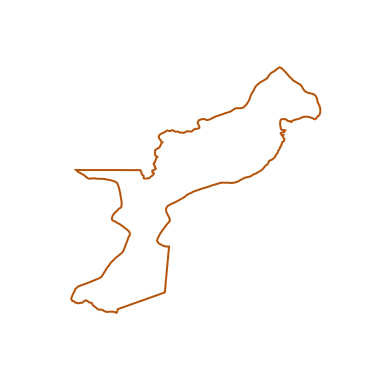 São Sebastião da Boa Vista, Pará, Brazil (Equal Earth projection), rotated 252°
{"feature_id": "56859067B42238092487296", "entity_name": "São Sebastião da Boa Vista", "entity_type": "district", "adm_level": 2, "iso_a3": "BRA", "parent_name": "Brazil", "parent_adm1": "Pará", "projection": "equal_earth", "projection_center": [-49.65, -1.432], "detail": "fine", "context": "isolated", "style": "outline", "palette": "amber", "viewbox_px": 384, "rotation_deg": 252, "n_neighbors": 0, "source": "geoboundaries", "source_scale": "gbopen_adm2", "svg_char_len": 5467}
<svg xmlns="http://www.w3.org/2000/svg" viewBox="0 0 384 384"><g transform="rotate(252 192 192)"><path d="M121.2,49.4L121.3,50.6L121.0,51.9L120.6,53.3L121.2,54.9L121.7,56.1L121.8,57.7L120.6,58.9L119.0,59.9L118.3,60.9L117.7,62.1L116.8,62.6L115.6,62.6L113.9,63.3L112.0,64.8L111.0,65.4L109.3,66.4L108.5,67.9L108.3,69.3L107.4,70.5L106.0,71.6L104.8,73.0L104.1,74.4L103.8,75.9L103.4,77.3L102.6,80.0L101.6,81.5L100.4,83.0L101.8,84.1L102.6,84.7L103.5,85.1L104.9,135.1L107.6,136.3L147.2,153.3L148.2,150.3L149.9,147.9L153.0,144.8L154.2,144.2L155.1,143.8L156.4,143.7L158.4,144.9L159.2,145.8L160.2,146.7L161.1,147.7L162.1,148.7L163.0,149.7L163.7,150.9L164.7,151.9L165.6,153.3L166.4,154.5L168.8,157.8L169.6,159.2L170.2,160.1L170.8,161.2L171.5,162.1L172.9,162.5L175.3,162.3L178.2,161.8L181.0,161.5L182.0,161.5L183.8,162.0L185.8,163.8L186.6,166.0L187.0,168.4L187.3,171.6L187.8,174.8L188.2,176.7L188.7,179.2L188.9,180.6L189.7,183.7L190.2,184.8L190.9,186.9L191.3,189.5L191.4,191.0L191.7,192.3L191.9,194.1L192.0,195.9L192.0,199.0L192.1,200.4L192.1,203.7L192.0,206.0L192.0,210.9L192.1,212.6L192.0,214.6L192.0,216.6L191.9,219.0L191.9,222.4L191.4,223.9L190.9,225.6L190.4,226.8L190.1,228.1L189.5,229.6L188.6,231.8L188.1,233.5L187.7,236.3L187.7,237.8L188.1,240.5L188.4,241.7L189.1,245.4L189.2,247.0L189.0,249.7L188.8,251.4L189.0,253.5L189.6,255.1L189.8,257.3L189.8,258.6L190.4,260.4L190.9,263.9L191.7,265.6L192.1,266.8L193.7,269.0L194.3,270.1L194.9,272.0L195.6,272.9L196.4,274.0L197.4,274.5L198.0,276.1L198.0,277.9L198.9,280.4L199.6,281.6L201.6,283.6L202.5,285.1L203.2,286.0L204.4,286.6L205.2,287.5L206.0,288.7L207.6,289.7L208.1,291.0L209.3,291.5L210.3,292.5L211.4,293.0L212.0,295.2L213.9,296.4L215.3,295.7L216.9,295.6L217.9,296.5L218.3,294.9L219.5,294.7L220.6,294.6L220.8,295.9L220.5,297.4L220.9,298.7L221.8,299.7L222.8,297.6L224.0,296.1L225.2,296.1L226.1,296.3L227.5,296.4L230.5,297.1L232.7,298.2L233.5,299.2L233.4,300.4L233.0,301.7L232.3,303.5L231.1,304.5L230.2,304.9L229.4,305.9L229.1,307.3L227.9,308.0L228.8,310.2L228.9,311.7L228.6,316.5L229.0,320.9L228.9,322.1L227.9,325.1L226.5,327.5L225.5,328.6L224.8,329.7L223.9,330.4L223.2,331.2L223.5,332.7L224.4,333.7L225.9,336.9L227.2,338.0L228.2,338.6L230.0,339.3L231.0,339.6L233.1,339.8L234.1,339.9L236.6,339.6L237.6,339.3L239.5,339.4L241.2,339.6L243.2,339.6L244.6,339.5L246.0,338.9L247.0,338.2L247.8,337.4L250.2,333.5L251.2,332.1L252.8,330.7L254.0,330.1L255.6,329.6L256.9,329.3L258.3,329.2L259.3,328.8L261.1,328.0L261.8,327.0L263.8,325.4L265.5,323.9L266.3,323.0L267.4,322.5L268.4,322.1L269.3,321.6L271.4,320.3L273.7,319.5L274.7,318.9L275.6,318.6L277.4,317.9L279.3,316.9L280.3,316.3L282.4,315.2L283.6,313.5L282.6,310.8L282.2,309.4L281.6,308.2L281.1,305.7L280.8,304.2L280.2,302.9L278.7,300.7L277.6,299.4L276.7,297.9L275.7,293.4L275.5,292.0L275.1,290.7L274.2,288.3L273.7,287.1L273.2,286.0L272.6,285.1L271.6,283.9L270.8,283.1L269.8,282.4L269.0,281.4L268.4,280.6L267.1,279.2L266.2,278.2L263.7,276.2L262.6,275.6L261.8,274.7L260.1,273.1L259.5,272.1L258.2,270.7L257.7,269.4L256.7,267.7L256.5,266.1L256.6,264.6L257.0,262.8L257.5,261.8L257.9,260.4L258.0,259.0L257.8,257.7L257.4,256.3L256.7,253.9L256.6,252.3L256.6,250.9L256.6,245.9L256.5,241.7L256.5,239.8L256.5,237.9L255.8,233.1L255.6,231.5L255.6,229.3L256.1,227.9L257.0,227.1L257.6,226.1L258.0,225.0L258.3,223.6L258.1,220.9L256.9,219.2L255.7,218.7L251.8,219.2L250.6,218.7L250.5,217.4L250.7,215.5L251.0,214.3L250.7,212.6L250.0,211.3L249.7,209.7L250.5,208.2L251.4,205.9L250.9,203.9L250.9,202.0L251.5,201.2L251.9,200.1L252.2,198.9L253.0,198.0L254.1,196.7L254.4,195.1L255.2,194.1L256.2,193.3L257.0,192.0L256.7,190.4L257.0,189.3L258.2,187.4L258.0,186.0L257.4,185.0L257.2,183.6L257.2,182.3L256.6,179.2L255.8,178.2L254.8,177.4L253.8,177.3L252.5,177.6L251.5,178.0L249.1,178.4L248.5,179.3L247.5,177.7L246.7,177.0L245.8,176.1L244.8,175.3L244.3,174.3L244.0,172.8L243.7,171.5L243.1,169.8L240.7,169.0L239.5,168.4L238.4,168.4L237.2,169.1L236.0,169.9L235.3,168.4L233.7,167.4L232.8,166.5L231.7,166.0L231.3,164.9L230.5,164.1L228.4,164.7L227.4,164.3L226.5,164.7L225.4,164.9L225.0,163.7L224.5,162.4L224.8,161.2L223.8,160.4L222.8,160.6L222.0,161.5L221.1,161.4L220.4,160.3L219.8,159.3L219.2,157.0L218.4,155.8L218.6,154.2L219.3,151.4L219.9,150.4L221.0,150.5L222.1,151.0L223.0,150.5L223.9,149.9L224.9,149.6L226.5,150.1L227.6,149.7L228.7,149.7L229.5,147.4L248.7,88.6L246.6,89.7L245.8,90.4L241.8,94.2L237.4,97.0L236.4,98.3L236.1,100.0L235.6,102.1L235.0,103.6L234.2,105.3L233.7,106.6L233.3,107.9L232.8,109.0L232.2,110.8L231.8,112.0L230.9,113.8L229.9,115.5L228.8,117.5L227.5,119.6L225.6,122.1L224.4,123.2L223.4,123.6L220.6,123.8L218.7,123.8L216.6,123.7L215.6,123.4L213.8,123.5L212.8,123.3L210.6,122.9L208.3,122.6L205.3,122.2L203.5,121.7L202.3,121.4L201.4,121.0L199.8,120.2L199.0,118.9L198.6,117.3L198.0,116.1L197.4,115.1L196.7,113.4L196.0,112.3L195.4,111.0L193.8,109.1L191.6,107.6L190.5,107.4L189.6,107.8L186.8,110.5L185.6,111.4L184.9,112.2L184.2,112.9L183.1,113.9L181.1,115.2L180.1,116.1L179.1,116.7L175.7,118.9L174.1,119.9L172.4,120.1L171.4,120.0L170.3,119.5L168.6,117.7L165.8,115.5L164.9,114.8L164.0,114.0L160.3,111.1L156.8,108.1L155.7,106.5L154.8,103.9L153.7,101.3L153.4,100.1L152.9,98.8L152.0,97.2L150.6,94.6L150.1,93.2L148.5,91.2L147.3,89.7L146.7,88.5L145.6,87.0L144.7,86.1L143.7,84.9L143.0,84.1L139.6,80.1L139.0,78.6L138.6,77.4L138.5,75.0L137.9,67.7L137.5,59.7L137.4,54.7L135.9,51.3L131.1,46.7L127.9,44.1L125.6,44.4L124.4,46.0L122.9,46.8L122.2,48.2L121.2,49.4Z" fill="none" stroke="#b45309" stroke-width="2"/></g></svg>